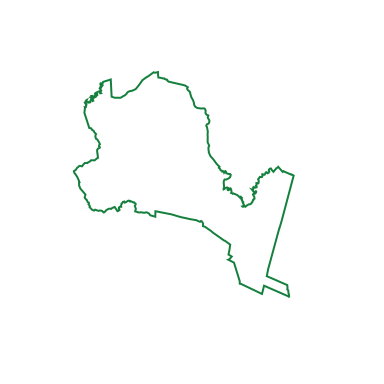 Calinesti-Oas, Satu Mare, Romania (Natural Earth projection), rotated 241°
{"feature_id": "2599482B93378437092703", "entity_name": "Calinesti-Oas", "entity_type": "district", "adm_level": 2, "iso_a3": "ROU", "parent_name": "Romania", "parent_adm1": "Satu Mare", "projection": "natural_earth1", "projection_center": [23.281, 47.91], "detail": "fine", "context": "isolated", "style": "outline", "palette": "green", "viewbox_px": 384, "rotation_deg": 241, "n_neighbors": 0, "source": "geoboundaries", "source_scale": "gbopen_adm2", "svg_char_len": 6088}
<svg xmlns="http://www.w3.org/2000/svg" viewBox="0 0 384 384"><g transform="rotate(241 192 192)"><path d="M318.2,139.4L317.6,139.3L313.5,136.3L297.8,133.2L297.5,133.7L296.4,134.8L295.3,134.6L294.8,134.7L293.4,135.6L291.2,135.6L289.2,136.2L288.9,135.6L287.5,134.4L286.6,134.3L286.3,134.0L284.9,133.9L283.8,134.7L283.3,134.7L280.0,134.8L279.6,134.7L278.4,134.6L278.2,133.8L277.1,132.8L275.9,133.1L275.6,133.0L275.4,132.7L275.5,130.8L274.7,129.3L271.8,128.0L271.0,127.9L270.6,127.5L269.3,127.2L268.5,126.6L267.5,126.4L267.4,124.6L266.9,122.2L268.6,119.3L268.7,118.8L268.4,118.4L268.2,116.4L268.3,114.7L268.1,114.5L268.5,114.0L269.3,112.2L268.4,109.4L267.9,108.8L267.8,108.2L269.2,106.6L269.4,105.7L269.0,104.6L268.9,103.3L267.6,100.9L267.6,99.2L267.4,98.7L265.3,98.4L264.1,98.7L260.6,98.9L256.8,98.6L255.7,98.4L255.9,98.2L252.3,96.4L249.1,96.0L241.4,97.6L239.3,95.5L238.9,95.4L236.8,95.7L236.4,96.1L233.7,95.9L232.6,96.6L232.0,96.3L231.4,95.5L229.7,95.9L228.6,95.5L228.5,95.1L225.2,95.9L223.5,97.0L223.2,97.6L223.5,98.7L220.8,101.1L220.6,102.2L219.7,103.5L218.9,104.3L217.0,104.7L216.8,105.0L217.0,106.4L217.7,108.4L217.7,111.0L217.3,112.0L216.4,113.2L216.7,114.4L216.4,117.1L211.4,117.5L211.2,118.7L211.6,119.2L211.4,119.8L212.2,120.2L213.1,120.0L213.9,120.7L214.1,121.8L213.4,122.9L214.8,123.6L215.6,124.6L216.0,124.7L216.3,126.1L216.8,126.7L216.5,127.4L216.5,128.1L215.3,128.1L215.1,129.8L215.3,130.7L215.3,132.1L214.7,133.0L214.3,133.5L214.1,133.5L214.1,133.0L213.9,133.0L213.1,134.1L213.0,134.6L211.1,135.8L211.1,136.2L210.7,136.2L209.4,137.0L208.7,136.9L208.2,136.4L207.6,135.2L204.6,134.8L202.6,132.9L200.4,135.0L199.5,136.1L199.0,137.6L197.1,139.9L196.2,142.5L194.0,144.0L191.9,144.2L188.2,147.9L192.9,150.7L182.4,163.2L175.7,169.8L169.1,177.3L165.1,182.3L164.6,182.5L162.0,184.6L162.3,185.9L161.9,186.2L160.4,186.5L158.8,186.3L156.8,185.0L155.4,186.4L148.6,189.8L146.1,190.7L133.9,196.6L133.5,197.1L127.5,199.9L123.2,196.7L119.6,193.6L116.3,195.5L115.2,192.5L115.1,192.0L115.2,190.9L109.9,194.5L90.9,190.5L88.6,189.3L87.7,190.4L68.9,203.8L75.1,209.6L53.9,225.8L52.6,226.1L53.5,226.2L55.0,227.0L56.6,227.3L59.4,228.5L60.6,228.1L61.7,229.0L64.4,230.2L82.1,216.6L87.5,221.1L117.9,250.7L117.8,250.8L123.4,256.5L157.1,288.9L159.4,287.3L159.2,287.1L165.9,282.0L165.6,281.1L172.2,279.6L171.9,279.1L171.9,277.5L170.2,273.0L172.8,272.4L174.2,272.5L174.5,272.2L174.6,271.1L174.2,270.0L173.6,269.6L172.3,269.5L171.7,268.5L171.8,267.1L173.1,266.9L173.4,266.5L173.2,265.8L171.9,263.9L172.3,263.1L173.4,262.4L173.5,262.1L171.6,261.1L171.2,260.5L171.5,259.6L172.3,258.8L172.1,258.1L171.4,257.2L171.1,256.0L169.5,255.8L168.7,255.4L167.4,254.3L167.4,254.1L168.5,253.0L168.6,252.6L167.0,252.0L166.6,251.0L165.7,251.2L164.9,250.9L164.9,250.0L165.1,249.5L166.5,248.3L165.9,247.8L165.9,247.3L165.1,247.3L164.4,246.5L164.3,246.1L164.9,245.6L161.8,246.1L161.3,246.7L161.8,247.7L161.8,248.1L161.6,248.3L161.0,248.3L160.1,247.0L160.0,246.4L160.5,244.8L160.5,244.3L160.3,244.1L157.4,244.1L156.0,243.5L156.1,243.2L155.3,241.9L155.5,241.6L153.9,239.9L153.9,239.1L153.3,238.5L153.1,237.9L153.2,236.4L153.7,235.6L153.6,233.5L153.2,231.6L153.9,231.2L154.4,229.4L154.6,229.1L155.0,229.0L154.8,229.7L155.2,231.2L157.1,231.1L157.2,231.3L158.6,231.4L158.6,231.9L160.6,231.6L160.8,231.9L161.1,232.0L162.2,231.7L162.6,232.8L164.1,232.4L163.6,231.3L166.5,230.5L168.2,229.5L170.8,227.4L170.8,226.6L171.6,226.4L172.2,225.8L172.8,226.5L173.5,226.9L175.7,227.5L176.6,227.4L176.7,226.8L176.6,226.6L175.9,226.0L176.0,224.6L176.3,224.2L176.8,224.2L177.6,225.8L178.8,225.1L178.9,224.8L179.1,224.5L179.1,223.5L179.6,222.9L178.9,221.8L178.9,220.9L179.2,220.9L180.8,222.5L185.1,224.4L186.5,225.5L187.1,226.7L186.5,227.6L186.2,228.5L186.2,231.5L186.6,232.6L186.9,233.0L188.4,234.3L189.2,234.0L190.4,232.3L191.1,231.9L191.8,231.0L193.2,231.4L194.0,231.4L194.1,230.8L193.4,229.5L194.5,229.7L194.8,229.6L195.0,229.4L195.1,228.4L196.0,228.6L197.0,227.6L199.0,227.7L200.2,227.2L200.8,228.3L204.5,227.2L210.0,226.5L214.6,225.5L218.5,225.9L219.6,226.5L221.0,226.9L223.3,228.2L223.7,229.0L224.2,229.5L228.0,229.8L231.4,231.8L235.6,234.0L236.9,235.0L241.5,236.6L242.5,236.5L243.2,236.7L243.9,237.7L243.8,239.5L243.9,239.9L245.1,241.3L246.2,241.9L249.3,241.8L250.0,242.3L251.0,243.4L252.8,242.1L254.6,242.1L256.5,243.4L258.3,243.6L259.1,243.3L259.8,242.2L260.4,240.7L262.7,237.6L263.6,236.9L265.3,236.1L267.3,236.2L269.4,237.0L271.9,237.4L275.4,237.4L279.0,238.2L280.2,238.7L281.0,238.6L283.5,237.7L284.0,237.7L284.9,237.9L285.7,239.1L288.4,237.6L289.3,236.8L299.8,225.1L301.6,224.4L302.1,224.7L302.4,224.6L303.9,223.0L304.8,222.8L305.1,222.0L306.8,220.3L308.4,218.1L310.5,218.9L313.4,220.4L314.2,217.5L315.3,216.4L314.5,210.1L314.4,207.1L313.8,202.8L311.1,197.2L309.3,192.6L309.6,188.5L310.4,186.4L310.5,184.4L310.3,183.5L309.7,182.5L309.1,180.3L309.2,178.1L309.0,176.0L309.2,174.9L312.0,170.0L314.3,167.9L329.8,175.5L331.4,167.6L330.3,166.4L330.6,166.0L330.8,165.5L331.4,164.9L331.3,164.5L330.3,164.0L330.0,164.4L330.2,164.8L329.6,165.6L328.7,165.6L328.5,165.2L328.9,164.8L328.7,164.3L328.9,164.0L328.7,163.6L328.0,163.8L327.4,163.3L327.2,162.6L327.8,162.4L327.9,162.2L327.4,161.5L326.6,161.7L325.7,161.4L325.2,161.8L324.7,161.8L324.1,160.8L323.0,160.1L322.6,160.2L322.9,159.5L324.9,159.8L325.3,158.4L325.2,157.1L325.4,156.1L325.2,155.0L325.0,154.8L324.7,155.4L323.9,155.9L324.7,156.4L324.5,156.9L322.7,156.2L322.7,155.4L323.5,155.2L323.1,154.6L322.0,154.4L321.9,153.7L322.7,153.1L323.3,153.0L323.3,152.8L322.5,152.0L321.9,151.9L321.9,151.6L322.2,151.3L322.9,151.0L323.1,151.1L323.1,151.4L323.3,151.5L324.4,151.4L324.7,150.7L323.7,150.7L323.5,150.4L323.5,149.9L324.1,149.5L324.1,149.1L323.2,149.4L322.7,149.9L321.9,150.2L321.0,150.2L320.6,149.6L319.7,149.8L319.7,149.3L321.6,149.2L322.1,148.9L321.1,147.7L320.9,147.2L320.0,146.9L319.8,146.0L320.7,145.3L320.4,144.9L320.5,144.7L321.4,144.4L321.8,143.9L322.2,143.8L323.3,144.1L323.5,144.4L323.5,144.1L323.1,143.2L322.8,143.2L322.1,141.6L321.2,141.7L320.7,142.2L320.3,142.4L319.4,141.9L319.4,141.3L318.7,141.1L317.7,140.2L318.2,139.4Z" fill="none" stroke="#15803d" stroke-width="2"/></g></svg>